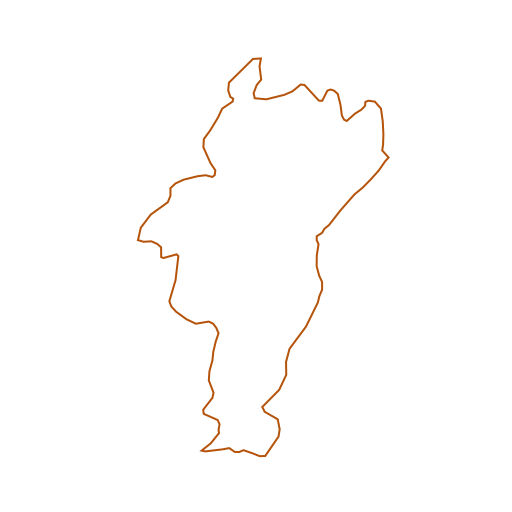 SVG path tracing the border of Slovenia, rotated 122°
{"feature_id": "SVN", "entity_name": "Slovenia", "entity_type": "country or territory", "adm_level": 0, "iso_a3": "SVN", "parent_name": "Europe", "parent_adm1": "", "projection": "equal_earth", "projection_center": [14.844, 46.146], "detail": "fine", "context": "isolated", "style": "outline", "palette": "amber", "viewbox_px": 512, "rotation_deg": 122, "n_neighbors": 0, "source": "natural_earth", "source_scale": "50m", "svg_char_len": 1723}
<svg xmlns="http://www.w3.org/2000/svg" viewBox="0 0 512 512"><g transform="rotate(122 256 256)"><path d="M449.9,199.0L438.9,195.1L425.8,193.5L423.3,195.6L418.1,197.7L415.4,201.6L417.6,216.7L414.4,219.3L399.5,217.8L394.5,219.5L386.5,230.1L378.2,234.5L367.6,237.6L359.8,241.5L349.9,244.8L341.4,246.8L338.1,251.4L336.1,256.5L336.7,261.4L345.3,271.1L346.5,281.5L345.6,294.2L343.7,301.0L340.3,305.5L319.2,311.4L297.2,321.8L296.7,324.2L306.8,333.5L307.2,335.8L298.9,341.1L298.1,346.4L299.0,352.5L303.5,358.9L305.1,364.5L293.0,368.7L276.6,367.2L257.2,359.3L250.4,360.4L243.8,364.5L237.1,362.7L229.7,357.9L219.2,347.7L214.2,341.5L212.1,334.9L209.2,333.9L204.9,335.9L201.3,343.9L191.6,358.3L184.4,362.2L173.6,361.4L158.5,361.6L149.0,362.8L137.5,357.7L134.7,358.7L134.7,362.0L130.4,367.3L123.3,370.8L90.5,363.0L85.9,356.5L93.3,353.5L103.6,345.1L110.6,346.0L119.2,344.3L122.9,340.7L117.6,330.2L104.1,317.2L96.9,312.3L86.9,309.0L85.3,305.5L90.9,285.0L89.3,282.1L77.9,283.1L75.3,281.0L74.4,277.4L75.2,272.6L82.9,264.6L91.4,257.6L93.7,253.6L93.4,250.6L82.6,247.4L76.1,244.2L70.9,243.1L67.3,244.9L64.7,242.9L62.1,237.0L64.8,228.1L74.6,219.9L85.2,212.5L94.3,207.2L99.6,204.9L102.2,195.8L107.6,196.7L118.4,197.2L130.4,199.3L141.6,201.8L151.4,205.1L172.2,208.5L191.0,210.5L196.7,212.4L201.3,212.2L207.1,215.0L210.4,212.9L212.9,209.2L223.2,204.8L232.6,199.1L239.3,191.9L243.0,186.2L249.5,182.1L256.4,181.0L262.7,178.9L289.4,176.2L316.9,178.4L329.9,174.4L340.7,167.4L356.4,165.5L357.2,165.4L380.8,170.7L382.5,167.6L383.5,166.2L383.0,151.0L390.4,144.1L397.2,141.2L420.7,142.2L423.8,146.8L425.1,154.0L427.3,163.7L431.2,166.4L433.4,170.2L433.1,176.9L437.7,181.9L448.6,195.5L449.9,199.0Z" fill="none" stroke="#b45309" stroke-width="2"/></g></svg>